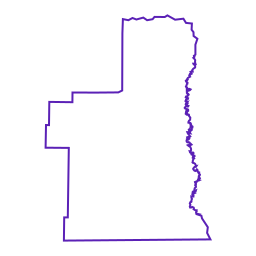 the district of Petroleum, Montana, United States of America
{"feature_id": "52423323B42061541752", "entity_name": "Petroleum", "entity_type": "district", "adm_level": 2, "iso_a3": "USA", "parent_name": "United States of America", "parent_adm1": "Montana", "projection": "albers", "projection_center": [-107.962, 47.174], "detail": "fine", "context": "isolated", "style": "outline", "palette": "violet", "viewbox_px": 256, "rotation_deg": 0, "n_neighbors": 0, "source": "geoboundaries", "source_scale": "gbopen_adm2", "svg_char_len": 4496}
<svg xmlns="http://www.w3.org/2000/svg" viewBox="0 0 256 256"><path d="M195.4,54.6L195.4,44.7L197.4,38.8L193.6,36.0L193.5,32.2L191.6,29.7L191.9,23.5L186.0,22.9L183.4,18.7L175.1,19.7L167.4,15.4L164.8,17.0L154.5,16.9L152.6,19.2L147.1,20.2L143.3,17.6L136.4,19.5L132.5,18.0L128.4,20.2L122.9,19.1L122.4,33.1L122.2,90.5L118.3,92.4L95.3,92.6L72.5,92.5L72.4,102.2L49.3,101.9L49.0,125.1L46.0,125.0L45.6,147.7L68.8,147.9L67.8,217.4L64.2,217.4L63.9,240.6L210.4,239.4L207.1,232.9L207.8,227.2L202.0,218.4L201.4,215.7L197.7,214.5L198.6,214.1L197.0,213.7L196.0,212.9L196.2,211.8L196.7,211.3L196.6,210.3L196.0,210.5L194.9,210.0L193.6,209.2L193.9,208.5L193.7,207.6L192.1,206.9L191.2,207.5L190.1,207.5L189.8,206.5L190.4,204.8L189.8,203.4L190.4,202.1L191.3,201.9L191.5,201.2L191.4,200.4L192.0,198.9L191.4,197.8L191.3,196.3L192.5,196.4L193.4,196.5L193.5,195.4L192.9,195.0L192.7,194.5L192.4,194.2L193.0,193.7L193.7,193.5L194.4,193.2L194.0,193.0L193.3,193.0L192.6,192.7L192.7,191.9L193.4,191.3L194.8,191.4L195.6,191.5L195.9,190.5L195.7,190.6L195.0,190.4L194.4,189.6L194.7,188.2L196.0,186.9L195.8,185.9L195.2,185.4L195.2,185.0L195.9,184.7L196.0,183.8L195.1,182.7L195.0,182.1L195.5,182.1L195.9,181.7L196.4,182.0L196.9,181.7L197.1,181.0L198.1,180.4L198.6,180.6L199.2,180.3L198.5,180.1L198.0,179.6L198.3,179.0L198.5,179.1L199.1,179.1L199.9,178.3L199.7,178.0L199.4,177.4L198.7,176.9L199.0,176.5L199.2,176.0L199.0,175.7L199.3,175.3L199.8,175.1L199.9,174.5L199.3,174.1L199.1,173.1L199.2,172.4L198.6,172.2L198.3,172.5L197.7,171.4L197.5,170.0L196.8,169.3L196.5,169.6L196.3,170.2L195.7,171.0L194.5,170.7L193.3,169.3L193.2,168.6L194.6,166.9L195.9,166.9L196.4,166.1L196.0,166.2L195.8,165.3L195.1,163.8L193.8,163.0L193.0,162.9L192.5,162.4L192.7,161.9L192.9,160.5L192.3,160.0L192.5,160.1L193.2,159.6L193.6,158.8L194.1,158.4L193.9,158.2L193.4,158.4L192.7,157.8L193.0,157.1L193.4,156.7L194.1,156.6L194.6,156.1L194.5,155.8L193.8,155.8L193.0,156.1L192.4,155.1L192.7,154.4L193.4,153.8L193.5,153.0L193.0,152.5L191.9,152.6L192.0,153.4L191.3,153.9L191.0,153.1L190.7,152.2L190.4,152.3L190.0,152.3L189.7,151.3L190.5,151.5L191.1,150.0L191.0,148.6L190.3,147.0L188.5,145.8L187.8,145.2L188.3,145.0L188.8,145.4L189.8,145.2L190.1,144.4L190.4,144.1L190.9,144.5L191.1,144.8L191.5,144.6L190.6,143.7L190.2,143.7L189.6,142.6L188.7,142.1L188.3,142.5L187.1,142.1L186.7,141.6L186.5,140.8L187.0,140.0L186.8,139.2L187.4,138.6L187.5,139.4L188.0,139.7L188.5,139.5L189.4,138.5L189.4,137.4L188.7,137.4L187.7,137.8L187.3,137.9L187.1,137.3L188.0,137.0L189.0,137.0L190.2,136.4L189.4,135.4L188.4,134.2L187.8,133.3L187.3,132.1L188.3,132.1L189.1,132.0L189.5,133.0L190.3,133.2L189.9,132.5L190.1,131.3L189.1,130.7L188.8,129.6L189.7,129.0L189.9,129.3L190.0,129.8L191.1,130.5L191.8,129.9L191.8,129.2L191.6,128.8L191.7,127.9L192.4,127.6L192.5,126.5L192.1,126.2L191.3,126.1L191.4,126.7L190.5,127.0L190.7,125.9L191.3,125.4L191.1,124.6L190.4,124.5L190.3,123.8L190.8,123.7L191.2,123.9L190.3,122.9L189.3,122.9L188.4,122.7L188.4,122.0L188.8,121.2L189.0,120.7L190.1,119.8L190.3,117.6L189.3,116.3L188.8,115.6L189.0,115.5L189.0,114.9L188.7,114.5L187.8,114.4L187.9,114.7L186.7,114.7L185.7,113.8L185.9,112.8L186.3,113.5L186.9,114.0L187.0,113.2L186.8,112.3L186.2,111.9L186.1,111.5L186.5,110.7L187.7,111.3L188.2,110.8L188.1,109.6L187.4,109.2L186.8,109.2L186.0,108.9L185.3,108.6L184.7,107.9L185.1,107.3L185.8,106.3L187.0,106.5L188.0,106.5L188.4,105.9L187.5,105.5L186.6,105.1L185.7,104.3L186.0,103.3L186.8,103.0L187.1,102.8L187.0,103.0L187.4,103.5L187.7,103.2L187.5,102.6L187.1,101.4L186.2,101.5L185.5,101.0L185.9,100.4L186.0,99.7L187.1,98.9L187.9,98.9L188.1,98.2L186.8,97.5L186.2,97.7L185.7,97.3L186.0,96.5L187.6,96.0L188.1,95.2L188.7,94.7L188.3,94.0L187.5,94.0L186.8,92.9L188.0,90.6L189.5,90.4L190.2,89.9L190.6,89.4L190.2,89.2L189.5,88.9L189.1,88.9L188.4,89.3L187.9,89.4L187.6,89.0L187.1,89.1L187.3,89.6L186.8,90.0L186.8,89.0L187.3,88.2L187.1,87.6L186.5,87.6L185.9,86.5L186.5,85.5L186.9,83.9L187.4,83.7L187.5,82.6L186.2,81.7L185.8,80.8L186.5,80.1L187.2,80.2L187.7,79.5L187.2,79.0L187.8,78.0L189.1,77.2L190.0,76.7L189.6,76.2L189.4,75.7L189.7,75.7L190.0,75.1L189.7,75.1L189.9,74.1L190.7,74.2L191.7,73.7L191.6,73.2L191.3,72.5L190.9,72.6L190.5,71.9L191.6,71.4L192.7,71.5L192.6,70.9L192.2,70.2L193.2,68.8L194.2,68.1L195.1,67.5L195.2,66.8L195.0,65.4L195.5,64.6L194.8,64.4L193.7,64.4L193.4,63.7L194.4,63.7L195.3,63.2L195.0,62.0L195.2,60.1L194.5,59.0L193.8,58.3L193.4,57.9L193.9,57.6L194.4,56.9L194.0,56.6L193.9,55.8L194.7,55.3L195.4,54.6Z" fill="none" stroke="#5b21b6" stroke-width="2"/></svg>